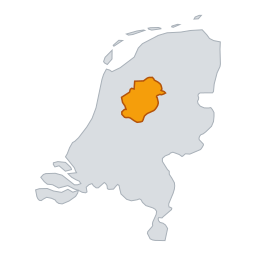 Flevoland on a map of Netherlands (Albers equal-area conic projection)
{"feature_id": "NLD-902", "entity_name": "Flevoland", "entity_type": "Province", "adm_level": 1, "iso_a3": "NLD", "parent_name": "Netherlands", "parent_adm1": "", "projection": "albers", "projection_center": [5.642, 52.551], "detail": "fine", "context": "in_parent", "style": "filled", "palette": "amber", "viewbox_px": 256, "rotation_deg": 0, "n_neighbors": 0, "source": "natural_earth", "source_scale": "10m", "svg_char_len": 3724}
<svg xmlns="http://www.w3.org/2000/svg" viewBox="0 0 256 256"><path d="M165.0,240.6L159.9,240.5L155.2,240.4L152.7,240.0L150.1,238.8L148.9,236.3L147.4,233.4L147.8,231.6L152.2,226.5L152.8,225.1L152.4,224.3L152.8,222.0L156.2,214.4L156.6,211.3L155.1,209.2L152.9,207.9L145.9,205.6L142.5,202.4L141.0,199.7L139.4,198.9L137.1,199.8L131.3,200.8L126.6,199.3L121.0,194.0L119.8,189.2L119.1,185.6L117.7,184.4L115.9,186.2L113.5,189.1L108.8,189.4L107.4,188.7L107.2,187.1L107.0,185.5L105.7,183.6L104.3,182.5L98.3,187.8L96.1,187.8L93.4,185.7L92.0,183.6L89.0,184.7L86.2,187.2L87.0,191.9L85.6,192.8L82.2,192.3L78.4,190.3L74.2,189.0L67.8,185.6L58.7,188.0L52.5,184.7L47.3,184.2L44.2,181.6L40.8,177.3L43.4,174.5L45.8,173.6L55.3,173.3L62.1,175.2L74.4,184.8L77.5,184.8L80.9,183.6L79.2,181.1L76.1,179.8L71.6,177.2L68.0,173.7L76.6,172.7L75.5,170.9L74.4,167.8L65.5,156.8L67.2,153.9L69.6,147.7L72.5,142.6L74.8,141.3L78.6,137.7L86.8,127.0L92.1,118.3L96.0,107.9L102.0,79.3L103.6,74.4L106.4,69.1L109.7,70.1L111.9,71.7L120.2,67.7L134.2,57.1L138.3,48.0L142.4,43.7L158.3,35.4L167.1,32.8L180.7,32.1L190.5,30.5L202.2,29.8L206.8,34.8L209.5,38.5L213.7,40.6L220.3,41.9L220.0,49.3L220.4,64.0L220.0,66.6L217.1,72.8L214.2,84.0L213.5,91.4L212.6,92.8L200.1,92.9L198.3,94.2L198.0,95.8L198.7,97.7L198.4,99.6L197.5,101.1L198.0,103.5L200.3,106.2L204.3,107.9L208.6,108.0L210.8,107.6L212.4,109.6L214.0,112.6L214.0,116.4L213.5,121.5L211.5,126.3L205.8,131.8L203.2,133.8L200.7,134.8L199.6,136.3L199.0,138.1L199.2,139.7L203.4,144.1L203.4,145.1L202.2,147.3L200.6,149.5L189.8,154.1L185.4,153.8L182.8,156.1L182.0,156.5L179.2,154.5L172.9,152.2L170.5,153.0L169.2,154.3L165.2,155.9L162.4,158.4L162.4,161.5L167.5,169.6L169.2,171.2L169.3,174.3L171.8,178.1L174.4,182.8L174.7,185.9L174.4,189.0L173.1,193.3L168.8,203.6L168.7,205.5L169.1,207.0L170.6,207.4L171.8,208.2L171.5,209.6L163.2,216.7L162.1,217.9L158.7,217.6L158.1,218.8L158.6,220.7L160.0,222.4L163.0,223.2L165.5,225.0L167.6,228.5L165.0,240.6ZM78.4,190.3L77.6,193.2L75.6,196.4L69.1,201.0L62.2,203.9L58.7,203.4L56.4,201.8L55.2,200.0L51.6,198.3L46.6,197.3L43.5,199.0L41.2,200.6L39.3,200.3L37.9,198.8L36.9,196.7L35.6,189.9L39.3,188.7L47.3,188.5L53.5,191.0L61.6,192.4L67.9,189.3L72.8,192.2L78.4,190.3ZM65.5,162.4L70.1,166.7L71.1,168.1L71.5,169.6L65.4,171.2L59.1,165.8L54.9,166.9L53.3,164.4L53.4,162.8L57.8,161.6L65.5,162.4ZM112.0,59.0L107.3,64.5L104.5,62.9L103.6,61.6L105.1,57.3L112.1,50.2L112.0,59.0ZM132.8,34.5L128.4,35.1L126.4,34.0L136.9,31.0L143.6,30.0L144.8,30.4L132.8,34.5ZM160.9,28.8L151.7,30.1L148.6,29.1L148.1,28.2L150.6,27.7L158.4,27.5L160.9,28.3L160.9,28.8ZM122.6,40.5L113.9,46.2L113.2,45.3L118.8,40.3L122.6,40.5ZM198.3,18.8L194.0,19.1L195.2,17.0L199.1,15.4L201.3,15.4L198.3,18.8ZM179.7,24.6L173.2,27.3L171.6,26.8L172.0,26.0L177.7,24.3L179.7,24.6Z" fill="#d9dde1" stroke="#a8b0b8" stroke-width="1"/><path d="M152.2,77.3L152.6,77.6L153.8,78.9L154.3,80.1L157.8,82.0L160.0,83.7L160.5,84.5L160.9,85.0L161.5,87.0L161.9,89.0L161.6,89.5L161.5,89.9L161.1,90.2L161.0,90.4L161.2,90.5L161.6,90.7L163.5,91.3L164.4,91.8L165.5,93.0L163.9,93.9L161.7,94.7L161.2,94.7L160.4,94.6L160.2,94.4L159.5,94.5L157.1,95.6L156.6,96.2L156.6,97.2L157.2,97.7L158.2,102.1L158.2,103.4L157.7,105.3L156.9,106.8L155.8,108.5L154.9,109.6L153.7,110.6L151.9,111.4L149.8,112.4L148.1,113.1L146.8,113.9L145.5,115.0L144.5,116.0L143.7,117.9L143.2,119.6L142.3,121.3L140.6,121.9L137.2,122.3L136.4,122.0L136.3,121.9L134.3,120.8L130.3,118.0L128.7,117.5L127.7,117.5L125.9,117.6L124.5,117.2L121.9,114.4L121.8,111.9L124.5,109.4L126.1,109.4L124.9,105.9L122.6,102.5L121.5,97.3L129.5,92.2L130.3,89.3L131.7,88.3L134.1,89.0L134.7,81.2L143.5,80.9L145.5,79.4L147.1,78.2L148.2,77.7L149.4,77.4L150.4,77.4L151.1,77.5L152.2,77.3Z" fill="#f59e0b" stroke="#b45309" stroke-width="1.5"/></svg>